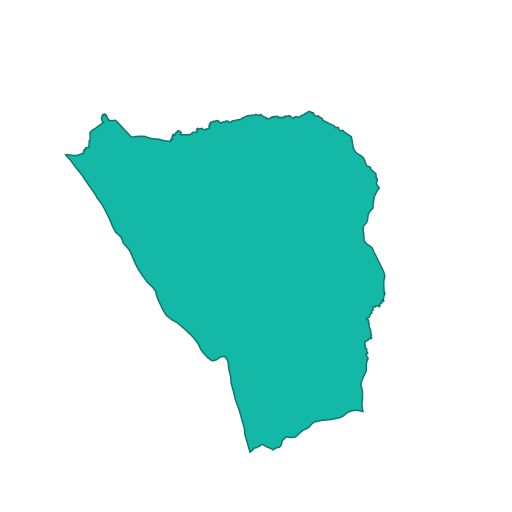 Chaturaphak Phiman, Roi Et, Thailand (Mercator projection), rotated 69°
{"feature_id": "78962969B73854210082339", "entity_name": "Chaturaphak Phiman", "entity_type": "district", "adm_level": 2, "iso_a3": "THA", "parent_name": "Thailand", "parent_adm1": "Roi Et", "projection": "mercator", "projection_center": [103.486, 15.83], "detail": "fine", "context": "isolated", "style": "filled", "palette": "teal", "viewbox_px": 512, "rotation_deg": 69, "n_neighbors": 0, "source": "geoboundaries", "source_scale": "gbopen_adm2", "svg_char_len": 6111}
<svg xmlns="http://www.w3.org/2000/svg" viewBox="0 0 512 512"><g transform="rotate(69 256 256)"><path d="M439.5,211.9L437.7,211.6L432.3,210.3L426.6,207.4L420.9,205.2L417.7,204.6L415.4,204.5L413.5,204.0L412.0,203.3L408.3,200.0L402.9,194.3L400.4,193.2L397.6,192.2L396.0,191.3L394.8,191.1L394.1,190.0L393.0,189.6L392.8,188.8L391.5,188.0L390.2,188.5L388.5,188.5L387.8,188.9L386.9,188.1L387.1,187.1L386.7,186.5L386.3,186.5L385.9,186.9L384.1,186.6L382.7,186.0L382.4,186.0L381.6,187.1L379.9,186.2L379.6,186.4L379.4,186.8L379.1,186.9L378.0,185.9L376.8,185.9L375.4,184.8L374.8,184.5L374.9,181.8L373.7,180.5L373.7,179.9L374.5,178.6L374.2,177.7L373.8,177.4L373.4,177.4L372.9,178.1L371.2,176.4L369.4,176.7L366.9,175.6L361.0,175.6L359.8,174.4L358.4,174.9L356.7,174.0L355.8,174.1L355.2,175.4L354.4,175.5L354.0,175.1L353.8,174.4L353.7,172.2L351.3,170.3L350.8,168.5L350.4,168.2L348.9,167.9L348.2,165.7L346.5,165.6L345.4,164.8L345.2,164.0L346.3,163.3L345.6,162.1L346.3,160.6L346.1,159.4L347.2,158.8L347.6,159.1L347.7,158.9L347.0,158.1L345.8,158.0L345.0,156.9L345.0,155.6L343.5,154.9L343.4,154.5L343.8,154.2L344.0,153.5L343.7,152.7L343.4,152.7L342.9,153.6L342.0,153.7L341.8,153.4L341.9,152.6L340.3,151.4L339.1,151.0L338.4,149.8L337.4,149.6L336.8,148.8L335.4,149.2L329.7,147.4L325.6,145.9L321.5,143.3L319.9,142.7L318.2,142.5L316.0,142.5L300.4,143.8L294.6,144.5L290.6,144.5L288.6,145.3L284.7,148.2L282.4,149.1L280.2,149.5L274.1,147.5L271.2,147.0L267.3,145.5L266.6,144.8L264.7,141.3L263.7,140.1L262.4,139.0L258.0,136.7L256.9,135.7L255.1,133.6L253.2,129.6L249.6,128.1L243.6,124.7L242.2,123.5L240.0,121.0L238.3,119.3L237.8,118.4L237.2,118.0L237.1,117.7L237.3,117.3L236.7,117.1L236.5,116.6L235.3,116.7L234.1,117.3L231.5,117.7L228.3,115.3L227.1,115.2L226.4,115.8L222.1,114.6L216.0,117.8L215.2,117.4L214.3,117.4L213.5,117.9L211.8,120.1L211.0,120.4L209.9,120.6L206.5,120.3L204.8,120.3L202.3,120.7L199.7,122.3L196.2,125.2L193.1,126.1L190.0,126.4L178.8,124.2L173.0,128.5L171.0,129.5L169.9,129.7L169.7,130.3L169.8,131.5L169.0,132.7L168.2,133.0L166.9,133.3L165.6,133.1L165.2,133.7L164.6,136.0L163.0,136.1L153.4,144.8L151.3,145.0L151.2,145.5L150.3,145.7L149.5,146.5L147.4,147.8L147.2,148.4L147.4,148.8L147.0,149.8L146.2,150.9L144.9,150.9L143.9,151.3L142.7,151.2L142.3,152.7L141.8,152.6L141.4,153.3L140.9,153.4L140.2,154.2L140.1,156.2L140.6,156.9L140.6,159.4L141.2,160.4L141.2,163.6L141.6,164.7L141.8,165.8L141.5,167.1L140.5,168.0L140.4,169.0L139.9,169.7L140.6,170.8L140.7,172.2L140.2,172.9L139.1,173.0L138.3,173.8L137.2,174.2L136.9,174.6L136.6,177.5L135.8,178.6L136.1,179.1L136.0,179.7L136.7,179.9L136.9,180.5L135.9,181.4L136.1,182.7L135.4,183.5L135.5,184.0L134.9,184.6L135.0,185.3L133.4,185.6L133.3,186.9L132.4,188.1L132.7,189.0L132.0,190.3L132.3,190.9L131.9,192.4L132.7,192.7L132.4,195.0L132.0,196.4L131.8,196.6L130.7,196.6L130.6,197.3L129.8,197.8L129.4,198.4L128.5,198.9L127.1,200.6L125.8,200.5L125.6,201.5L125.5,203.6L125.1,204.4L124.6,204.6L123.7,205.4L123.9,206.5L123.6,208.7L123.0,209.2L122.7,212.1L122.1,212.7L122.1,215.6L122.3,218.2L122.1,218.9L122.8,219.9L122.8,221.1L123.1,221.7L122.1,225.1L122.0,227.1L121.5,229.4L121.5,230.1L122.1,231.2L121.8,231.8L122.0,232.5L121.3,233.4L120.3,233.6L120.2,234.2L119.5,234.8L119.2,236.2L119.8,236.7L119.5,238.1L119.1,238.4L119.2,239.2L119.0,239.8L119.4,240.7L119.0,240.9L118.3,242.4L117.8,242.6L116.8,242.4L116.7,243.1L116.0,243.3L115.3,244.6L115.6,245.2L115.5,245.6L115.9,245.9L114.9,247.6L115.3,248.8L114.9,249.7L114.9,250.1L116.0,252.0L116.4,252.1L117.2,251.9L117.3,252.9L118.0,253.4L119.6,253.5L119.9,254.5L119.9,256.5L119.5,256.9L120.1,257.6L120.1,258.0L118.8,260.1L117.4,260.7L117.2,263.5L116.0,264.5L115.9,265.0L116.0,265.4L116.8,265.7L117.1,266.4L119.0,266.5L118.0,270.7L118.3,271.9L118.8,272.1L119.0,272.5L119.0,274.2L118.5,275.0L118.3,276.9L117.2,278.9L115.9,282.8L114.0,281.7L113.9,282.0L112.8,282.1L111.7,282.9L111.2,283.7L111.3,284.6L111.7,284.8L112.2,285.7L112.0,286.1L112.1,286.6L112.7,286.6L113.0,287.4L113.8,287.9L113.8,288.2L113.3,288.3L113.2,288.7L113.9,289.2L113.9,289.7L113.0,290.0L113.9,291.1L114.7,291.4L115.3,292.0L116.1,292.2L116.3,291.9L116.9,291.9L117.0,292.6L116.6,293.8L117.1,294.1L117.8,293.9L118.5,294.4L115.7,300.0L111.6,305.8L110.6,308.2L108.9,311.6L104.2,317.4L102.1,322.9L101.2,326.2L100.6,329.6L79.0,338.4L78.2,341.6L76.6,345.1L75.9,344.7L75.3,344.8L74.4,345.2L71.5,345.3L71.4,345.9L70.4,345.5L70.0,345.8L69.3,346.7L69.0,346.8L69.2,347.3L69.8,347.5L69.5,348.2L69.9,348.5L69.5,348.8L70.3,349.2L70.4,349.6L71.0,350.4L72.4,351.0L73.0,350.8L74.0,351.2L75.4,351.1L76.3,351.3L76.6,350.6L79.2,359.9L79.9,363.8L81.2,366.7L88.9,369.5L88.5,370.3L94.5,373.0L94.0,376.6L95.4,376.9L95.4,378.8L97.0,378.9L97.1,379.9L98.4,380.2L98.1,381.5L98.4,382.5L98.1,382.9L98.2,383.4L97.8,387.9L96.4,391.2L94.7,393.9L93.2,397.4L94.6,397.1L100.4,394.7L108.1,392.7L118.3,389.4L124.3,388.1L141.6,383.8L144.3,383.7L147.7,382.6L153.2,381.2L159.1,380.4L169.2,379.5L176.8,379.3L183.0,378.6L184.4,378.1L189.0,375.6L192.1,375.1L196.5,375.2L202.3,373.0L206.2,371.9L220.4,371.3L227.0,370.5L232.8,369.2L241.4,366.9L248.7,363.5L253.2,362.3L256.8,362.9L261.7,363.0L273.9,362.1L279.4,360.9L285.5,357.3L290.0,353.5L298.0,349.1L306.7,344.9L311.8,342.9L317.6,341.4L323.0,341.1L327.1,340.1L332.9,337.8L337.5,335.1L338.4,333.8L338.8,330.4L337.4,325.7L338.1,322.6L339.1,321.0L342.4,320.1L345.5,320.1L350.8,321.7L360.5,323.1L365.8,324.8L375.7,325.7L381.5,326.6L386.7,326.9L391.5,326.8L399.4,327.4L413.6,328.8L417.8,330.2L419.6,330.4L437.0,331.9L435.8,328.3L434.8,326.7L435.1,324.3L434.8,323.6L435.0,321.1L434.6,320.3L434.1,318.4L434.6,316.9L435.4,316.5L436.6,315.4L437.9,314.5L441.5,310.6L443.0,309.8L442.9,307.7L442.5,306.9L442.3,305.4L443.0,303.1L442.4,301.5L441.5,300.4L439.9,299.0L438.9,298.6L437.4,297.1L437.0,295.9L436.9,295.1L436.2,293.8L435.5,293.1L435.6,292.6L437.0,290.6L438.3,287.4L439.1,284.7L438.9,283.4L438.4,281.9L436.9,278.8L435.8,275.4L435.4,273.2L435.3,270.5L434.7,267.8L432.7,263.8L431.9,261.0L432.6,255.8L433.4,251.9L435.5,244.9L436.9,235.9L436.8,232.6L435.0,227.2L434.8,222.4L435.3,219.8L436.1,217.4L437.8,214.4L439.5,211.9Z" fill="#14b8a6" stroke="#0f766e" stroke-width="1.5"/></g></svg>